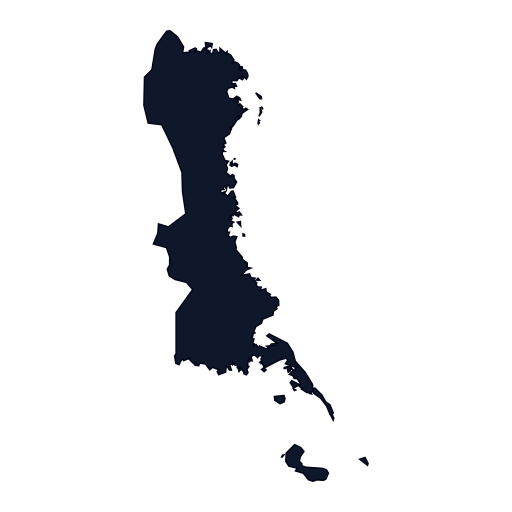 outline of Eastern Samar, Eastern Samar, Philippines
{"feature_id": "2640588B94499067384006", "entity_name": "Eastern Samar", "entity_type": "district", "adm_level": 2, "iso_a3": "PHL", "parent_name": "Philippines", "parent_adm1": "Eastern Samar", "projection": "mercator", "projection_center": [125.55, 11.519], "detail": "fine", "context": "isolated", "style": "filled", "palette": "ink", "viewbox_px": 512, "rotation_deg": 0, "n_neighbors": 0, "source": "geoboundaries", "source_scale": "gbopen_adm2", "svg_char_len": 6068}
<svg xmlns="http://www.w3.org/2000/svg" viewBox="0 0 512 512"><path d="M196.5,49.0L195.2,48.0L189.4,50.7L189.6,52.2L182.5,52.8L183.6,46.9L177.6,36.9L169.9,30.7L166.7,31.2L157.2,44.1L155.3,48.9L151.9,69.7L144.5,77.1L143.9,105.3L148.2,123.1L161.7,124.7L172.8,147.8L182.0,172.5L182.5,191.6L185.8,213.8L168.4,226.9L158.5,223.9L157.8,233.3L153.4,244.0L166.5,247.6L169.7,257.0L169.6,265.1L167.3,269.2L169.3,276.0L175.1,279.5L186.5,282.4L192.7,289.5L176.1,312.5L176.1,353.8L174.6,355.8L175.8,363.3L179.0,364.7L181.4,359.9L183.3,359.4L183.6,360.6L189.8,358.2L189.4,359.4L193.0,363.1L195.5,362.4L194.3,364.5L195.2,365.2L198.8,365.7L199.2,363.8L200.6,363.2L205.6,364.1L209.8,369.8L212.5,367.3L218.8,369.8L217.2,371.7L218.8,374.7L225.6,372.1L226.2,366.7L227.4,366.6L229.4,370.1L231.4,370.1L229.8,365.1L231.0,363.7L232.5,364.9L232.8,364.4L233.0,362.8L233.1,362.6L234.8,365.1L238.0,365.9L237.2,367.7L238.1,368.3L240.6,366.9L238.4,369.3L239.0,371.5L241.0,369.1L243.8,371.7L243.9,373.7L246.4,374.8L248.0,372.6L246.8,369.4L248.9,366.5L247.7,365.9L248.0,360.5L248.6,360.9L248.6,358.9L249.9,358.0L249.4,362.3L250.4,360.4L252.2,360.8L251.1,356.9L252.6,355.4L255.0,355.2L258.1,358.1L257.6,356.9L259.7,355.5L262.7,356.3L261.0,358.9L261.4,361.3L259.1,362.6L261.9,362.3L261.2,363.6L262.5,363.7L264.3,367.9L279.8,359.9L286.2,358.2L287.8,360.2L285.4,363.7L296.4,367.7L289.3,374.3L293.2,375.9L294.1,378.4L297.2,378.7L300.4,383.5L299.5,386.5L302.3,388.3L301.4,389.0L306.9,392.6L310.6,392.2L310.7,393.6L308.7,393.3L311.4,393.9L310.7,392.8L312.9,391.1L312.5,384.4L305.2,372.4L295.3,361.2L292.9,352.1L287.3,343.2L269.1,333.9L266.8,335.8L277.3,343.4L273.5,343.8L274.4,344.2L274.7,345.5L271.1,345.7L272.3,344.9L271.3,344.1L269.8,345.8L266.7,346.2L269.4,348.3L265.8,348.6L259.4,346.0L258.7,347.9L256.1,344.6L253.9,345.8L254.3,343.9L252.6,344.1L253.9,339.0L252.6,339.1L252.4,337.2L253.2,333.9L255.0,332.8L253.7,331.7L255.9,326.5L261.4,323.3L262.9,319.1L273.0,315.0L273.4,311.3L277.0,308.7L275.8,306.4L278.7,305.5L278.6,300.5L276.0,297.1L271.3,297.4L269.4,295.9L270.3,294.4L266.0,291.7L265.8,288.7L260.3,290.3L261.2,287.1L257.5,287.0L256.1,284.3L256.8,282.9L253.7,280.2L255.1,278.2L251.2,277.7L249.5,273.9L241.3,275.4L246.5,269.8L250.8,268.1L247.2,267.3L247.3,263.0L242.4,259.4L242.3,257.3L235.4,249.1L236.4,247.8L234.8,242.0L236.8,236.7L233.4,236.1L230.3,237.5L228.1,235.4L229.5,232.2L227.3,232.4L227.5,228.8L229.9,226.0L232.1,226.5L231.8,223.4L233.7,222.2L230.3,220.8L231.6,219.2L229.2,219.5L229.6,217.3L231.7,217.8L230.7,215.5L233.2,215.7L233.5,214.1L238.6,216.6L239.0,215.0L241.4,214.9L239.3,212.0L236.5,213.0L235.7,211.1L238.9,208.4L235.7,206.0L236.4,203.3L237.5,204.1L237.7,203.0L235.2,199.0L233.1,198.3L235.5,197.5L233.2,191.1L231.4,191.3L227.3,196.7L226.4,194.8L224.7,194.0L223.8,194.8L223.6,194.8L225.7,191.5L221.6,193.0L220.4,191.8L221.2,189.6L224.1,189.5L223.0,187.9L224.5,186.1L226.5,189.0L227.3,185.1L228.8,185.4L229.8,188.0L233.5,187.5L236.6,182.0L234.0,178.4L234.1,175.6L232.4,174.5L230.7,176.2L230.4,176.1L226.2,172.6L227.4,168.8L226.2,164.4L228.5,161.2L225.1,160.6L222.3,154.6L222.2,151.6L224.8,151.4L223.3,150.5L223.3,149.6L222.8,149.3L222.8,149.2L223.3,147.2L224.3,147.4L224.7,147.1L224.9,146.6L222.9,144.7L225.8,143.1L223.8,137.7L229.5,133.8L231.8,127.5L228.9,127.8L233.0,126.1L236.9,120.2L239.8,118.3L240.2,116.9L238.1,117.8L238.1,116.2L241.2,116.7L242.0,113.4L247.6,109.4L245.7,108.2L243.8,109.7L242.1,108.1L240.6,108.7L242.7,106.7L239.9,103.8L239.4,105.3L237.9,104.5L238.2,101.2L235.6,101.9L233.8,101.0L235.7,100.6L235.3,99.5L235.7,99.3L237.5,100.0L237.3,99.0L240.6,100.1L239.7,97.9L236.8,96.3L233.2,99.0L228.8,98.1L226.6,91.4L228.2,88.3L232.1,87.1L234.4,88.3L234.0,86.2L236.5,86.3L235.3,83.5L231.8,83.9L232.0,80.4L236.9,80.7L238.8,77.8L242.5,79.7L243.6,77.6L241.9,76.5L242.9,75.7L246.4,79.2L248.0,76.1L247.5,73.5L245.5,70.1L242.7,69.7L242.1,66.7L240.4,66.7L241.6,68.2L240.5,69.0L242.6,70.7L240.5,70.3L239.9,68.1L238.6,69.1L239.5,65.1L237.7,63.1L234.3,61.7L231.9,64.1L233.9,59.9L230.8,55.2L227.9,53.4L227.6,53.4L227.4,54.0L227.0,54.2L227.1,51.5L225.3,53.0L220.0,48.3L220.0,51.7L218.2,52.8L216.3,49.4L213.6,49.7L212.7,53.6L209.7,53.3L210.0,50.9L207.9,52.4L208.2,50.3L205.6,49.7L208.5,46.7L210.7,46.1L211.6,47.3L212.2,43.6L205.4,42.6L205.8,47.4L203.6,48.1L200.9,52.4L197.4,51.0L195.1,52.0L196.5,49.0ZM295.5,470.9L303.3,473.2L308.4,479.7L312.9,481.3L316.9,479.9L323.7,480.3L326.1,478.8L328.4,473.1L326.5,469.9L322.9,468.4L305.8,467.2L301.7,465.7L301.8,463.7L299.4,461.3L300.2,457.0L303.9,451.5L300.9,447.7L294.6,444.6L286.2,453.1L285.8,461.3L288.8,466.1L297.3,468.2L295.5,470.9ZM314.9,388.0L313.4,388.9L313.4,393.0L320.8,398.4L326.5,405.9L329.7,413.5L331.5,412.9L332.6,413.5L333.3,413.0L330.0,404.9L325.6,401.7L322.1,395.3L314.9,388.0ZM283.9,395.5L274.4,396.5L274.8,400.3L280.0,403.7L284.1,401.9L285.0,398.6L283.9,395.5ZM291.7,380.6L290.3,382.7L293.7,387.9L299.8,384.8L291.7,380.6ZM368.1,463.4L365.0,457.5L359.7,459.2L367.5,465.3L368.1,463.4ZM290.5,366.5L286.8,366.9L288.2,372.2L290.3,371.0L290.3,369.1L292.8,369.7L290.5,366.5ZM235.1,163.1L232.9,164.7L230.5,163.9L230.0,165.0L231.6,166.3L234.5,165.0L237.1,166.6L237.7,164.4L235.1,163.1ZM260.1,107.2L260.3,112.9L259.0,116.3L261.7,112.1L260.1,107.2ZM263.6,367.8L261.6,369.5L264.1,371.7L266.1,369.9L263.6,367.8ZM261.2,96.5L255.7,92.9L260.0,98.8L261.5,98.8L261.2,96.5ZM240.4,221.6L237.2,222.2L240.7,226.0L240.4,221.6ZM332.4,415.3L331.0,415.9L333.2,420.1L333.8,418.0L332.4,415.3ZM258.0,278.2L256.2,280.1L259.6,280.2L258.0,278.2ZM243.0,233.9L243.0,235.9L244.6,236.2L244.5,234.4L243.0,233.9ZM331.5,413.2L329.9,413.6L330.1,414.6L332.4,414.8L331.5,413.2ZM295.7,390.0L293.6,389.2L294.4,390.6L295.7,390.0ZM286.5,366.9L284.3,367.5L284.2,368.4L285.2,368.6L286.5,366.9ZM262.5,108.1L261.4,106.6L262.8,109.5L262.5,108.1ZM232.3,163.1L232.1,161.3L230.7,162.7L232.3,163.1ZM258.4,124.0L259.4,122.9L258.5,121.5L258.1,122.4L258.4,124.0ZM235.6,159.0L234.3,158.6L234.2,159.1L235.6,159.0ZM283.8,454.9L282.6,455.1L281.6,456.9L282.3,457.0L283.8,454.9ZM258.4,120.9L259.5,120.6L258.6,119.8L258.4,120.9Z" fill="#0f172a" stroke="#020617" stroke-width="1.5"/></svg>